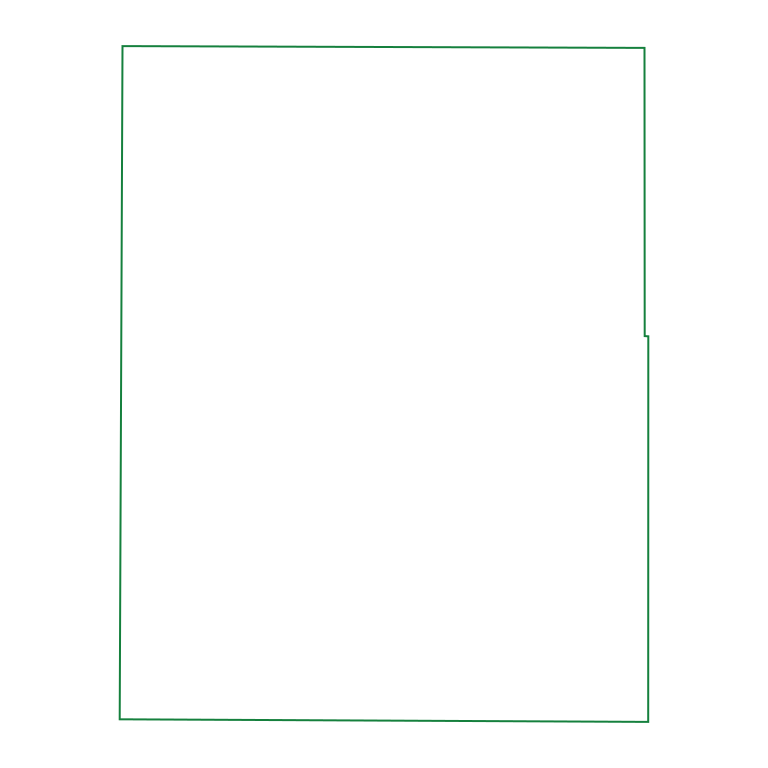 outline of Childress, Texas, United States of America
{"feature_id": "52423323B84755136262127", "entity_name": "Childress", "entity_type": "district", "adm_level": 2, "iso_a3": "USA", "parent_name": "United States of America", "parent_adm1": "Texas", "projection": "natural_earth1", "projection_center": [-100.178, 34.53], "detail": "fine", "context": "isolated", "style": "outline", "palette": "green", "viewbox_px": 768, "rotation_deg": 0, "n_neighbors": 0, "source": "geoboundaries", "source_scale": "gbopen_adm2", "svg_char_len": 208}
<svg xmlns="http://www.w3.org/2000/svg" viewBox="0 0 768 768"><path d="M122.5,46.1L119.7,719.3L648.2,721.9L648.3,336.3L644.7,336.1L644.5,47.9L122.5,46.1Z" fill="none" stroke="#15803d" stroke-width="2"/></svg>